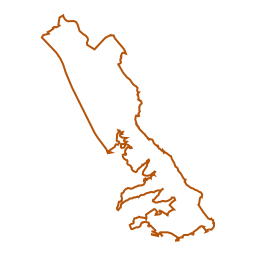 Devonport-Takapuna Local Board Area, Auckland, New Zealand
{"feature_id": "76426892B81581642165693", "entity_name": "Devonport-Takapuna Local Board Area", "entity_type": "district", "adm_level": 2, "iso_a3": "NZL", "parent_name": "New Zealand", "parent_adm1": "Auckland", "projection": "albers", "projection_center": [174.779, -36.789], "detail": "fine", "context": "isolated", "style": "outline", "palette": "amber", "viewbox_px": 256, "rotation_deg": 0, "n_neighbors": 0, "source": "geoboundaries", "source_scale": "gbopen_adm2", "svg_char_len": 6016}
<svg xmlns="http://www.w3.org/2000/svg" viewBox="0 0 256 256"><path d="M63.2,15.4L59.5,17.6L58.4,24.4L59.5,25.6L56.4,27.3L54.3,26.9L52.9,27.9L53.4,28.6L50.7,30.6L47.7,32.1L48.9,33.7L43.6,35.0L42.9,35.5L41.9,37.5L56.1,52.4L60.5,58.8L63.1,64.3L65.8,72.7L72.3,88.1L94.5,132.6L97.5,137.4L106.3,149.1L107.9,153.2L111.4,152.5L108.3,151.3L114.7,146.9L115.8,144.4L118.1,144.7L119.3,142.7L118.8,141.5L117.3,141.4L116.7,140.6L117.1,134.4L118.6,132.3L118.7,131.5L118.2,130.3L119.7,130.6L119.8,131.8L120.4,132.5L122.8,132.0L122.0,133.4L122.3,134.0L120.1,134.3L119.8,135.0L120.0,136.0L122.1,137.6L126.6,138.0L124.8,139.0L123.9,140.7L124.3,141.4L126.8,141.7L124.4,143.9L122.7,144.2L121.2,143.9L120.9,145.2L121.0,147.3L121.6,147.9L124.1,147.6L124.8,146.4L125.1,145.0L125.5,144.5L126.4,144.3L128.7,145.3L130.2,146.9L131.3,147.2L131.7,148.0L130.3,148.2L128.5,147.2L127.5,147.3L125.1,150.6L125.2,153.0L125.9,153.5L126.1,154.5L125.4,154.9L123.9,154.4L122.8,154.8L122.8,156.5L123.9,158.6L125.9,159.9L127.0,160.1L127.5,161.4L127.2,163.2L127.7,164.4L130.1,165.5L131.1,166.5L131.3,167.5L131.8,167.7L131.7,169.2L133.3,171.1L135.9,172.1L136.8,171.4L138.0,169.1L139.2,168.3L139.4,167.7L140.4,167.4L142.1,165.5L142.3,164.7L143.3,165.1L144.2,163.9L147.2,161.8L147.3,161.2L146.6,160.2L147.7,160.8L148.9,159.4L149.4,159.2L149.0,159.6L148.9,160.5L149.1,160.8L148.2,162.7L147.3,163.4L146.8,166.2L143.2,171.6L142.8,174.4L144.5,175.4L147.7,175.8L150.5,175.0L152.5,173.2L153.6,172.7L154.2,171.8L154.8,171.5L155.2,171.8L153.7,173.7L153.7,174.3L154.2,175.0L152.9,174.5L152.3,175.4L151.9,175.4L151.0,176.9L150.9,178.0L150.6,177.6L148.4,178.5L147.2,178.6L146.8,179.0L147.1,179.6L146.8,180.1L145.5,180.0L146.0,179.1L145.4,179.1L145.3,178.6L144.1,179.4L143.9,181.2L144.9,181.4L145.0,182.3L143.8,184.5L141.4,185.5L138.8,185.4L138.4,185.8L134.6,187.2L131.9,188.7L130.1,188.7L129.6,188.2L127.9,188.0L125.6,189.2L124.4,190.5L123.4,192.5L121.5,193.5L121.6,194.5L121.2,196.2L121.9,197.5L121.9,200.1L121.7,200.8L121.3,200.5L120.8,201.2L121.1,201.6L118.9,201.8L117.9,206.3L117.0,207.7L117.2,209.3L118.2,210.1L120.2,207.6L120.6,207.6L120.7,208.2L121.0,204.3L126.0,200.6L127.4,200.3L129.9,198.5L132.3,198.4L133.8,197.4L135.3,197.5L137.3,196.6L138.5,197.3L140.5,195.2L144.1,194.7L145.7,193.5L151.4,191.9L154.0,192.4L155.4,191.2L158.2,190.3L160.6,190.8L161.3,189.9L163.5,188.5L161.4,190.1L159.1,193.2L158.5,195.0L156.8,196.3L155.4,198.2L153.8,199.8L153.1,199.8L152.9,201.2L155.6,202.6L157.9,202.4L158.8,201.8L160.0,201.9L162.7,200.9L165.9,201.4L168.4,200.6L171.2,198.9L171.8,197.5L174.2,197.6L175.2,200.0L171.6,202.5L169.6,205.0L173.9,209.5L173.2,209.5L169.3,211.6L168.0,213.4L167.6,215.3L166.9,214.9L166.8,213.9L165.2,213.6L161.6,211.3L159.6,210.7L159.5,211.5L160.4,212.3L160.9,213.5L159.6,214.3L155.6,214.8L155.8,213.8L156.9,212.9L157.3,212.0L155.3,209.6L154.3,209.0L146.0,214.6L146.5,218.0L146.1,219.2L145.8,218.6L144.7,217.9L140.0,217.2L139.0,216.7L138.4,217.3L137.0,217.6L136.4,218.1L134.5,218.3L133.3,221.3L133.7,222.0L133.5,223.2L130.9,224.2L129.7,225.1L131.3,229.0L132.6,229.0L136.2,227.3L138.2,227.3L140.2,226.3L141.2,223.5L142.0,222.7L142.6,222.7L142.6,222.3L144.5,222.0L147.1,222.2L148.3,222.6L149.1,223.3L148.6,224.5L148.1,224.8L148.6,224.6L148.7,225.0L147.7,226.5L148.4,226.0L148.9,225.0L149.3,225.1L148.9,226.2L149.2,226.3L149.5,225.3L150.1,225.5L149.8,226.6L150.3,225.6L150.8,225.8L155.4,230.4L154.4,232.0L151.5,231.1L158.2,233.9L157.5,235.5L151.9,234.2L151.9,234.6L157.9,236.0L157.8,235.6L158.5,234.0L158.8,234.2L159.9,232.8L161.8,235.8L162.1,235.6L160.1,232.7L160.6,232.3L167.5,232.3L171.3,233.4L178.2,237.8L178.0,238.7L176.3,238.9L178.4,239.2L178.0,240.1L176.0,240.3L176.0,240.6L178.6,240.4L178.5,239.5L179.3,237.9L180.8,237.4L182.7,237.4L182.8,237.1L182.4,236.7L182.6,236.3L184.1,235.0L187.9,235.0L191.4,233.2L191.8,233.4L192.2,234.3L192.8,234.2L192.9,233.8L193.2,234.3L193.4,234.0L193.0,233.7L193.3,232.9L193.1,232.8L194.0,231.6L197.3,229.3L199.4,227.2L199.8,227.3L200.4,226.5L201.8,226.2L202.2,226.3L202.2,226.8L202.4,226.3L204.1,226.8L203.4,227.5L205.5,229.9L206.2,231.6L206.0,231.9L206.6,231.7L206.3,231.6L205.7,230.1L206.3,230.3L208.9,229.5L211.6,229.6L213.6,227.1L213.9,226.3L214.1,223.2L213.4,221.9L213.2,222.1L213.2,220.2L211.8,219.6L211.3,218.6L210.0,219.3L208.2,218.4L203.4,212.3L198.4,204.7L199.0,204.1L199.3,202.6L199.8,198.8L200.4,197.4L201.3,196.9L201.8,197.1L201.7,196.4L202.1,195.8L202.2,194.6L201.1,192.5L199.8,192.1L196.6,190.2L195.0,189.8L193.3,188.6L191.1,187.9L186.8,184.9L185.6,183.4L185.5,182.6L184.6,181.6L184.6,181.1L185.3,180.5L185.4,179.8L184.7,179.9L185.1,179.7L183.4,178.3L181.0,173.8L178.1,170.6L178.2,169.9L177.5,168.2L176.5,167.1L175.4,166.6L174.2,163.0L171.8,158.9L171.0,156.2L170.0,155.8L166.1,152.8L164.8,152.7L164.4,151.6L163.8,151.9L163.4,151.3L163.3,151.7L162.8,150.6L162.7,151.1L162.4,151.0L162.5,150.4L162.2,150.0L161.4,150.2L159.7,148.7L158.9,148.5L158.2,147.1L157.8,146.8L158.2,146.5L157.9,145.6L156.4,145.4L154.8,144.2L153.7,142.8L152.8,140.4L152.2,139.6L148.5,138.8L148.5,139.1L147.8,138.4L148.0,138.1L145.1,135.0L144.7,134.0L143.3,133.2L141.4,130.9L140.8,130.6L138.5,127.7L138.1,126.9L138.4,126.8L137.7,125.9L137.5,126.1L136.1,124.1L136.6,123.7L135.3,119.6L135.6,117.1L136.2,115.5L136.9,115.6L137.8,116.2L139.1,115.9L138.4,113.7L139.8,111.3L139.4,110.4L139.3,107.8L139.5,107.5L139.3,106.9L140.1,105.0L141.6,103.5L141.6,102.4L140.6,100.7L139.6,100.2L139.3,100.4L138.5,99.8L138.7,99.7L138.2,95.4L137.6,95.2L137.4,94.4L138.8,92.5L138.0,92.6L137.2,90.5L137.5,87.8L135.7,86.0L134.0,85.1L132.6,83.6L129.9,79.6L126.6,77.0L123.1,72.6L119.2,65.8L118.3,64.7L118.3,64.2L120.5,63.3L120.8,62.7L121.0,62.0L120.3,60.5L120.3,59.9L120.6,58.7L121.0,58.7L121.3,57.5L121.3,56.6L121.0,56.7L120.8,56.3L122.0,53.4L123.1,52.6L125.9,53.7L125.2,51.5L123.8,48.9L114.9,38.4L113.6,35.4L110.9,35.5L110.7,35.0L105.3,37.8L94.5,49.4L87.1,44.8L87.0,42.5L88.0,39.8L87.7,38.2L86.0,35.9L83.1,34.0L79.6,31.0L77.7,24.8L76.2,22.1L73.7,21.0L68.1,21.3L67.0,21.0L64.9,19.2L63.5,16.8L63.2,15.4Z" fill="none" stroke="#b45309" stroke-width="2"/></svg>